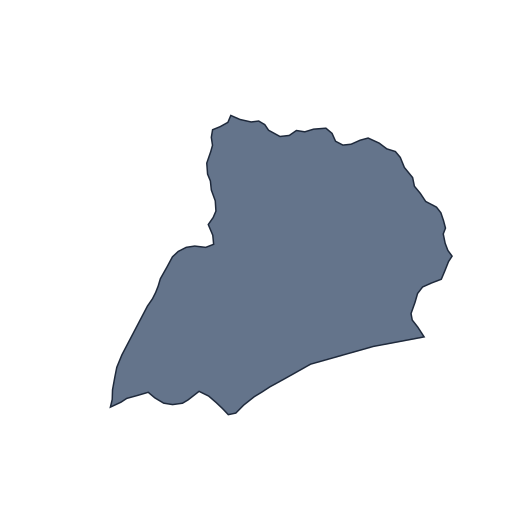 Severínia, São Paulo, Brazil, rotated 340°
{"feature_id": "56859067B63517445883281", "entity_name": "Severínia", "entity_type": "district", "adm_level": 2, "iso_a3": "BRA", "parent_name": "Brazil", "parent_adm1": "São Paulo", "projection": "albers", "projection_center": [-48.796, -20.784], "detail": "fine", "context": "isolated", "style": "filled", "palette": "slate", "viewbox_px": 512, "rotation_deg": 340, "n_neighbors": 0, "source": "geoboundaries", "source_scale": "gbopen_adm2", "svg_char_len": 1386}
<svg xmlns="http://www.w3.org/2000/svg" viewBox="0 0 512 512"><g transform="rotate(340 256 256)"><path d="M280.4,115.3L275.3,120.8L266.6,122.2L258.4,122.5L254.6,129.2L253.0,137.1L249.2,142.4L241.5,151.9L238.5,162.5L238.8,169.9L236.6,178.7L236.6,190.2L233.7,200.1L228.9,205.2L221.9,210.1L222.5,221.7L220.2,230.5L211.7,230.7L201.8,225.7L193.4,224.0L184.5,225.1L177.2,228.2L168.7,235.8L158.4,244.6L153.8,250.8L149.3,255.9L144.1,260.8L136.9,265.9L96.2,303.0L87.1,313.0L82.0,321.4L75.4,332.7L71.8,341.7L67.5,348.2L79.1,347.2L85.8,345.6L96.9,346.5L108.1,347.2L112.4,354.7L118.9,362.7L126.8,367.1L136.6,369.2L142.9,368.0L156.2,363.7L163.6,371.4L168.4,380.0L172.2,387.6L175.7,395.6L183.3,396.7L193.4,391.9L206.3,387.6L215.4,385.8L224.3,383.7L241.2,381.1L270.3,376.3L335.3,381.1L386.3,389.5L383.7,378.2L380.9,369.6L382.0,363.1L389.6,353.9L395.0,346.5L401.9,342.1L411.4,341.4L422.2,341.2L428.6,334.3L435.0,327.1L440.2,323.2L438.2,316.4L438.1,308.7L439.5,299.3L443.6,294.6L444.3,286.9L444.5,278.6L442.3,271.8L434.1,262.8L431.8,253.3L428.7,244.6L430.0,235.9L425.7,223.6L425.3,212.7L422.7,205.5L415.5,200.0L410.4,192.1L401.7,183.5L393.5,182.8L383.6,183.5L375.6,181.5L370.0,175.4L369.4,166.8L365.4,159.8L353.5,156.5L344.3,156.0L336.9,151.9L328.5,154.1L319.4,151.9L310.8,142.1L309.2,135.6L304.7,130.1L297.3,128.4L287.6,122.2L280.4,115.3Z" fill="#64748b" stroke="#1e293b" stroke-width="1.5"/></g></svg>